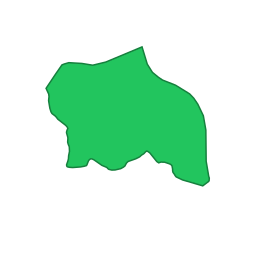 Distrito Capital, Equal Earth projection, rotated 239°
{"feature_id": "VEN-43", "entity_name": "Distrito Capital", "entity_type": "Capital District", "adm_level": 1, "iso_a3": "VEN", "parent_name": "Venezuela", "parent_adm1": "", "projection": "equal_earth", "projection_center": [-67.01, 10.484], "detail": "fine", "context": "isolated", "style": "filled", "palette": "green", "viewbox_px": 256, "rotation_deg": 239, "n_neighbors": 0, "source": "natural_earth", "source_scale": "10m", "svg_char_len": 1461}
<svg xmlns="http://www.w3.org/2000/svg" viewBox="0 0 256 256"><g transform="rotate(239 128 128)"><path d="M126.9,55.9L127.5,56.1L128.1,56.4L128.7,57.1L130.7,59.5L132.2,61.0L134.8,62.8L138.1,65.8L142.0,67.9L142.8,68.1L144.4,68.3L146.0,68.7L147.0,69.0L150.0,71.1L151.0,71.6L155.5,72.8L156.3,73.3L157.5,74.6L158.1,75.4L158.5,76.2L160.0,76.4L162.3,76.0L171.6,72.4L174.4,72.1L176.0,71.7L179.0,70.5L179.6,70.3L180.3,70.3L181.5,70.3L185.2,71.2L192.3,74.0L194.5,75.6L195.3,76.3L197.9,77.5L204.2,78.2L211.6,93.9L216.1,103.9L215.7,106.3L214.5,110.9L207.1,121.7L200.0,130.1L196.0,142.8L190.3,181.8L172.8,177.4L163.1,177.6L155.8,180.2L151.3,182.3L140.2,190.8L125.5,198.4L119.7,199.7L112.5,200.1L99.7,198.9L86.2,193.7L59.3,177.9L45.0,172.3L43.2,171.9L41.1,170.4L40.7,169.7L39.9,162.3L55.4,148.0L61.3,144.1L62.6,143.9L65.0,143.9L66.7,143.7L68.3,144.2L69.9,145.1L72.8,146.2L74.4,146.0L75.9,145.1L79.9,141.7L80.8,140.2L81.8,138.8L82.3,136.4L84.4,135.4L95.3,133.9L97.5,133.0L98.6,132.2L98.6,131.5L98.5,130.6L98.0,129.0L97.8,128.1L97.8,126.1L97.7,125.2L97.3,123.3L97.3,122.4L97.6,118.8L99.1,111.5L99.2,110.7L99.0,109.7L98.7,108.6L97.0,105.7L96.8,103.7L96.9,100.8L98.7,95.3L100.3,92.4L102.4,90.3L103.3,89.9L104.1,89.7L104.6,89.7L105.3,89.4L109.4,86.4L118.1,82.5L119.8,81.4L120.7,80.3L120.8,79.6L120.7,78.6L120.4,77.6L119.9,76.8L117.5,73.7L117.2,72.9L117.8,70.6L119.1,67.2L122.6,60.2L124.5,57.5L126.0,56.0L126.9,55.9Z" fill="#22c55e" stroke="#15803d" stroke-width="1.5"/></g></svg>